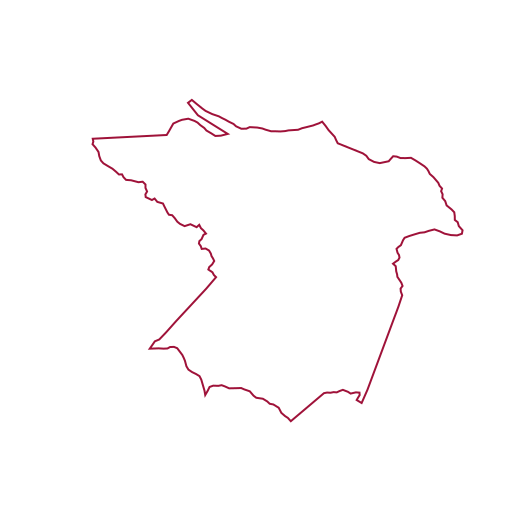 Campo Mourão, Paraná, Brazil (Equal Earth projection), rotated 107°
{"feature_id": "56859067B54956241865270", "entity_name": "Campo Mourão", "entity_type": "district", "adm_level": 2, "iso_a3": "BRA", "parent_name": "Brazil", "parent_adm1": "Paraná", "projection": "equal_earth", "projection_center": [-52.393, -24.126], "detail": "fine", "context": "isolated", "style": "outline", "palette": "rose", "viewbox_px": 512, "rotation_deg": 107, "n_neighbors": 0, "source": "geoboundaries", "source_scale": "gbopen_adm2", "svg_char_len": 3098}
<svg xmlns="http://www.w3.org/2000/svg" viewBox="0 0 512 512"><g transform="rotate(107 256 256)"><path d="M108.2,232.0L110.8,234.7L112.7,237.3L114.5,239.6L116.3,242.6L118.3,245.9L120.3,249.3L123.0,252.7L124.2,255.9L126.4,261.7L128.0,264.6L129.8,269.2L131.1,274.1L132.3,277.9L132.4,283.9L132.2,287.2L132.8,292.4L134.6,299.7L137.0,302.4L138.6,307.2L137.8,313.0L136.3,316.1L135.5,321.2L134.6,325.2L134.1,328.5L133.3,332.4L133.1,339.3L132.6,342.6L132.0,346.6L130.6,350.6L128.0,357.1L125.5,363.0L129.4,365.8L138.4,352.7L147.5,318.7L151.2,324.8L153.1,330.0L151.8,334.6L150.5,340.1L148.7,342.9L147.1,347.6L145.5,350.9L144.8,354.3L144.5,360.9L147.4,366.6L149.3,369.1L153.5,373.8L162.5,375.8L166.4,376.8L191.6,446.4L194.2,445.0L196.9,445.0L199.2,441.2L202.6,437.0L206.3,435.1L210.0,432.3L212.0,429.0L213.2,424.3L214.5,418.8L216.3,414.6L218.1,410.9L217.1,408.0L219.4,405.7L221.2,402.5L220.1,397.6L219.8,390.0L218.1,386.1L219.9,382.6L223.2,381.6L226.2,379.0L229.4,379.8L231.9,378.7L232.9,371.9L230.7,369.8L233.1,366.2L233.0,360.3L235.2,358.3L240.3,353.4L242.0,351.3L241.5,348.1L243.6,344.7L246.2,341.3L247.5,338.1L248.3,333.0L244.8,328.0L245.8,321.2L242.8,319.4L245.5,316.8L246.9,313.8L249.2,310.4L251.1,312.4L255.8,313.0L258.3,314.5L260.8,314.2L262.7,311.7L265.1,310.0L263.6,306.4L264.5,302.5L266.9,299.9L269.1,298.5L270.9,296.4L273.0,294.5L276.9,295.5L280.3,297.5L282.9,297.6L284.3,292.9L286.5,290.7L287.9,288.0L301.7,294.0L341.5,313.3L355.4,319.7L364.1,324.1L367.2,327.8L369.8,328.6L375.7,330.5L372.8,322.2L371.6,317.2L370.3,313.6L368.2,311.6L366.9,307.9L367.2,304.4L372.2,297.5L374.7,295.2L377.0,293.3L381.8,290.3L384.4,287.4L385.7,283.2L386.4,278.8L387.4,274.9L390.2,272.2L399.8,265.9L403.8,263.9L399.1,262.8L394.8,262.1L392.5,259.0L391.2,254.1L389.6,251.1L389.8,247.6L390.4,243.0L388.4,236.9L386.6,231.6L387.0,228.3L387.2,222.4L390.3,217.5L391.5,214.3L390.5,207.7L391.8,202.7L393.3,199.7L392.9,196.0L394.5,189.9L398.6,185.9L400.6,181.4L401.5,178.2L403.8,174.4L367.3,150.9L365.8,148.1L365.0,144.8L363.5,142.0L362.8,138.9L360.7,136.6L358.6,133.8L359.0,128.3L359.9,125.3L357.2,120.6L356.4,117.1L358.7,116.2L361.6,117.0L364.3,117.6L365.7,112.0L351.3,110.3L327.8,108.9L274.1,105.7L269.6,105.4L262.4,105.0L250.8,104.7L247.7,107.1L244.9,108.2L241.8,107.1L239.1,109.2L237.2,111.5L234.6,114.7L232.3,115.7L229.7,117.4L224.9,119.4L223.3,122.7L220.4,120.6L218.3,118.8L215.6,118.3L213.3,119.5L211.5,121.6L208.1,123.7L205.8,122.5L203.3,120.6L197.9,120.0L195.1,119.2L192.1,115.3L189.5,111.5L185.9,106.1L184.1,101.8L181.5,98.2L178.4,93.1L178.7,87.4L179.5,82.2L179.0,75.7L177.5,69.7L174.5,65.6L171.0,66.0L168.1,70.8L164.7,73.0L163.4,76.4L159.7,77.6L156.2,79.2L154.3,82.6L151.9,88.5L148.2,91.1L145.8,94.8L142.4,95.6L139.9,97.9L137.1,97.8L135.2,101.0L132.7,103.1L128.7,109.4L126.7,113.8L124.3,116.0L122.5,118.1L121.0,121.1L119.3,126.8L118.0,131.4L116.8,136.5L118.7,141.7L120.1,146.5L119.8,150.5L120.5,154.0L124.3,155.8L126.6,156.8L131.0,164.8L131.5,170.6L130.4,176.5L127.9,179.8L126.6,183.9L124.3,210.8L121.7,213.3L119.0,215.6L114.4,223.4L111.3,227.4L108.2,232.0Z" fill="none" stroke="#9f1239" stroke-width="2"/></g></svg>